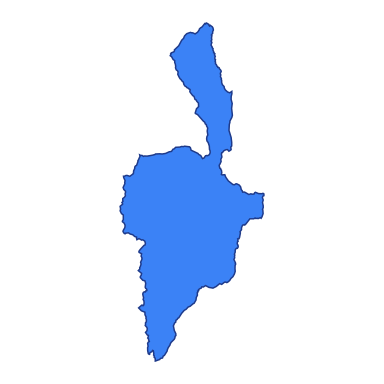 Pachitea, Huánuco, Peru (Natural Earth projection)
{"feature_id": "86281439B39001468378373", "entity_name": "Pachitea", "entity_type": "district", "adm_level": 2, "iso_a3": "PER", "parent_name": "Peru", "parent_adm1": "Huánuco", "projection": "natural_earth1", "projection_center": [-75.872, -9.94], "detail": "fine", "context": "isolated", "style": "filled", "palette": "blue", "viewbox_px": 384, "rotation_deg": 0, "n_neighbors": 0, "source": "geoboundaries", "source_scale": "gbopen_adm2", "svg_char_len": 6014}
<svg xmlns="http://www.w3.org/2000/svg" viewBox="0 0 384 384"><path d="M147.7,350.8L148.3,353.7L149.3,354.4L149.7,354.2L149.7,353.3L150.2,352.5L151.7,351.8L152.6,350.4L153.3,350.7L153.8,353.6L153.6,355.1L154.2,355.7L154.2,357.4L154.9,357.9L155.2,358.5L155.3,361.0L159.7,359.5L160.5,358.4L162.5,358.0L163.2,356.1L164.4,355.4L167.1,351.1L167.3,349.9L168.2,347.7L170.0,345.0L170.2,344.0L171.1,342.4L174.2,339.3L174.9,337.9L175.1,336.3L175.9,335.6L175.8,333.6L174.3,330.5L173.4,325.9L174.6,323.0L175.7,322.2L175.9,320.3L177.2,319.4L177.8,318.3L178.8,317.8L181.6,313.4L184.3,310.3L186.1,309.3L188.2,307.0L190.1,306.3L193.3,303.6L194.1,303.3L196.0,300.0L196.3,297.4L197.4,295.3L197.3,292.6L198.0,291.9L197.7,291.1L198.7,290.6L198.5,289.7L199.9,288.6L201.0,288.3L201.9,286.8L203.3,287.0L205.6,285.6L209.0,287.4L213.0,288.1L216.2,286.5L219.7,283.6L221.7,284.4L224.5,282.2L225.7,282.1L226.8,282.6L227.8,282.1L229.7,280.5L230.9,278.5L232.9,276.7L234.4,274.0L235.2,271.4L235.0,268.6L235.1,265.4L235.6,264.4L235.3,263.6L235.6,263.2L233.9,259.4L234.7,257.8L234.5,256.7L234.8,255.0L234.4,254.2L235.2,252.1L235.2,250.4L235.4,249.5L236.4,248.3L237.4,248.3L238.1,247.1L238.2,245.9L237.8,245.2L237.8,244.7L237.3,244.1L237.2,243.3L237.6,241.4L238.1,241.2L237.8,240.4L238.0,239.4L237.7,238.9L238.1,238.6L239.0,238.7L239.5,237.6L240.4,232.9L240.0,231.8L241.5,229.7L241.5,227.8L242.3,225.7L243.2,224.8L244.1,225.0L244.6,224.6L244.9,224.9L245.7,224.2L249.9,218.8L253.8,218.8L255.1,218.0L255.7,218.5L257.3,218.3L258.0,218.6L260.3,217.7L261.1,218.3L262.0,216.8L263.1,213.6L262.8,209.8L262.5,209.4L263.2,207.7L263.2,205.8L262.5,202.5L263.2,200.0L262.4,197.6L262.8,196.2L263.9,195.7L263.9,194.0L263.6,193.6L262.9,193.3L262.3,193.7L258.6,193.6L255.4,192.3L254.7,192.7L254.0,194.0L252.1,194.2L250.9,193.8L248.9,194.5L244.6,192.1L242.6,192.1L242.2,190.7L241.3,189.7L240.6,186.8L239.3,185.1L236.7,183.8L235.7,183.9L234.6,184.7L233.0,184.6L228.3,180.9L225.7,177.1L224.8,174.7L222.1,174.9L221.4,174.5L221.8,172.5L221.4,170.1L220.7,169.5L220.6,168.5L219.8,168.2L219.2,165.6L219.3,165.0L219.8,164.4L221.1,161.5L220.8,159.4L221.9,157.0L221.4,154.1L221.7,152.8L222.4,152.6L223.9,150.7L226.0,149.7L227.5,149.6L228.9,151.2L230.7,150.1L231.1,149.6L230.8,147.1L231.7,146.0L231.7,142.4L231.1,137.4L229.0,130.5L229.3,124.5L229.9,122.3L229.9,121.1L231.8,117.5L232.4,115.3L231.6,108.4L232.2,103.5L231.1,99.3L231.2,96.4L231.9,93.7L231.8,91.4L229.8,92.8L227.6,92.0L225.3,89.9L224.3,88.0L224.1,86.5L222.4,84.7L221.7,82.7L221.6,80.1L221.2,79.4L221.4,78.5L220.4,76.7L220.8,74.9L220.3,73.9L220.4,73.1L221.2,71.5L220.9,70.4L219.5,68.8L219.1,67.7L217.8,67.4L217.7,66.6L216.9,66.1L216.4,64.7L215.5,63.7L215.5,61.9L215.1,61.4L215.5,59.6L214.8,59.0L214.9,57.1L215.3,56.4L214.5,54.9L214.9,53.8L214.4,53.6L214.1,52.7L213.6,52.6L213.7,51.7L212.9,50.0L213.1,48.7L212.2,47.7L212.3,47.2L211.1,45.2L211.3,43.8L211.9,42.7L211.2,41.7L211.5,41.2L211.2,40.8L211.5,40.6L211.8,39.4L211.5,38.2L211.9,35.5L211.4,35.0L212.7,33.2L212.6,31.8L213.4,30.0L213.0,28.0L212.3,26.8L210.1,25.2L209.5,26.0L208.9,25.2L208.7,24.3L206.5,23.0L205.8,23.3L205.6,23.9L204.8,23.5L202.1,26.9L200.5,27.9L199.4,29.0L199.2,29.9L197.6,32.2L195.1,33.9L192.7,32.8L192.0,32.9L190.4,32.4L186.9,33.6L186.0,34.4L184.5,36.0L183.6,38.3L181.7,40.2L178.7,45.8L174.4,49.9L174.5,50.8L173.9,51.8L171.4,52.8L170.8,53.4L171.1,53.7L170.2,55.7L171.6,56.7L173.1,59.5L174.7,60.6L174.7,62.5L175.3,64.0L175.7,66.3L175.5,67.8L176.2,69.8L177.4,70.7L178.1,71.9L177.8,74.4L179.2,77.3L180.1,78.8L181.2,79.7L181.6,80.6L183.3,82.1L183.9,84.5L185.0,86.1L186.3,86.8L186.9,87.6L188.5,88.4L189.1,89.1L189.7,89.2L190.2,89.9L189.8,91.2L190.1,92.2L192.7,95.6L194.0,96.4L195.0,99.4L196.3,100.1L196.7,101.2L198.4,103.0L198.6,106.6L196.5,108.7L195.2,113.0L195.4,113.5L197.6,114.6L203.3,121.1L204.8,122.3L205.2,123.8L206.3,124.6L206.6,126.0L207.7,128.0L207.2,131.1L207.8,135.0L206.9,136.7L206.6,138.9L207.0,141.0L208.2,142.6L209.3,146.0L209.5,149.5L210.0,150.5L210.2,152.2L209.8,153.8L208.9,155.0L207.6,155.7L206.8,155.5L205.5,155.8L203.9,158.1L202.5,158.6L200.7,155.5L198.8,154.5L197.9,153.4L191.1,150.2L190.4,147.7L189.5,146.8L184.6,146.2L183.5,146.6L181.5,146.5L179.8,147.1L175.7,147.3L173.8,149.1L173.0,149.2L171.5,151.4L169.2,151.8L165.7,153.4L162.2,154.0L159.8,153.8L155.4,154.0L155.0,154.5L152.4,155.2L147.3,156.1L144.2,156.0L143.5,156.4L142.0,155.4L140.6,155.4L139.7,154.9L140.0,156.3L138.5,159.7L137.9,160.7L137.9,161.7L136.6,165.3L135.4,166.0L134.8,167.0L134.7,168.5L133.6,170.9L133.5,173.1L133.1,173.5L133.1,173.9L129.8,176.3L127.0,175.4L125.9,175.5L124.5,176.2L123.5,176.2L123.7,177.6L125.1,180.7L124.7,182.4L124.9,183.6L123.1,187.5L123.8,189.5L125.4,191.1L125.6,192.0L125.1,193.7L125.4,195.8L124.4,197.3L122.8,198.5L122.7,200.2L123.0,201.3L121.9,202.5L122.5,203.4L122.6,204.2L120.1,206.3L120.6,209.3L120.2,210.2L120.2,211.0L121.5,213.6L123.3,215.0L123.3,219.6L122.4,221.1L122.4,221.7L124.0,223.0L124.8,224.5L125.1,225.8L124.8,227.7L123.2,230.5L123.0,231.6L124.2,233.4L125.1,233.8L125.6,233.2L128.4,232.8L130.1,234.0L132.7,234.7L134.7,236.5L136.6,237.1L136.5,238.2L136.9,239.7L139.0,238.6L141.7,240.1L142.2,239.8L143.3,240.1L144.8,241.2L145.4,243.3L145.1,244.9L144.0,245.4L140.3,249.4L139.0,251.2L138.9,252.0L139.2,252.5L141.6,253.7L141.1,256.2L141.8,257.5L142.0,259.1L140.6,262.3L141.1,264.0L140.3,266.6L139.7,267.6L139.8,269.0L138.3,270.6L141.6,273.4L141.2,275.2L140.3,276.6L140.3,277.6L142.8,280.3L144.9,280.8L145.7,283.3L145.2,287.2L145.7,288.4L146.5,288.9L146.9,290.0L146.8,290.6L145.8,290.9L145.4,291.9L144.5,291.8L143.5,292.3L142.9,293.3L142.8,294.5L143.6,297.8L143.1,299.5L143.9,300.8L144.1,302.9L143.8,304.9L143.0,305.7L142.6,305.2L141.8,305.1L138.6,307.9L141.4,310.8L144.9,312.2L145.0,314.8L146.1,317.0L145.9,318.3L146.4,319.6L146.3,321.8L145.5,322.8L145.5,324.6L145.2,325.5L146.8,327.3L147.3,328.7L146.9,330.8L145.5,332.4L147.4,335.1L148.4,335.4L148.2,337.1L147.7,338.0L148.5,338.8L148.6,340.0L149.3,341.5L148.4,342.0L147.6,343.3L148.1,346.3L147.6,347.6L147.7,350.8Z" fill="#3b82f6" stroke="#1e3a8a" stroke-width="1.5"/></svg>